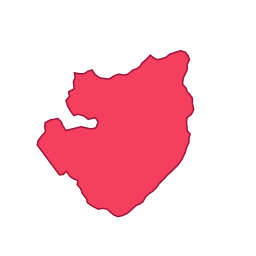 Santo Antônio do Pinhal, São Paulo, Brazil, rotated 331°
{"feature_id": "56859067B50632789381856", "entity_name": "Santo Antônio do Pinhal", "entity_type": "district", "adm_level": 2, "iso_a3": "BRA", "parent_name": "Brazil", "parent_adm1": "São Paulo", "projection": "albers", "projection_center": [-45.697, -22.83], "detail": "fine", "context": "isolated", "style": "filled", "palette": "rose", "viewbox_px": 256, "rotation_deg": 331, "n_neighbors": 0, "source": "geoboundaries", "source_scale": "gbopen_adm2", "svg_char_len": 1440}
<svg xmlns="http://www.w3.org/2000/svg" viewBox="0 0 256 256"><g transform="rotate(331 128 128)"><path d="M45.3,135.7L48.9,137.3L53.0,136.0L53.9,142.6L56.0,146.5L58.8,149.5L56.2,152.9L57.2,158.1L56.3,163.2L57.4,169.8L56.3,173.5L58.5,178.2L62.5,184.5L67.1,186.1L70.4,188.9L73.2,196.7L76.0,200.5L80.6,201.9L86.0,202.3L92.4,200.9L97.4,199.7L101.0,200.1L105.1,199.8L110.0,196.8L114.6,195.6L118.6,195.4L123.9,193.9L128.2,191.8L136.2,189.5L139.5,188.3L145.1,187.0L153.3,184.7L159.5,181.9L163.5,179.0L166.4,177.0L169.3,173.8L174.0,170.4L176.7,166.2L179.4,163.4L178.6,159.0L181.8,151.6L184.6,147.6L190.2,146.7L194.5,143.6L196.0,138.1L198.8,133.1L198.3,128.5L197.4,124.8L198.1,121.2L196.9,116.2L200.6,111.0L207.9,105.9L210.6,101.0L214.9,98.0L215.6,93.9L214.9,89.4L211.5,85.9L206.2,84.8L200.6,83.7L195.2,84.6L189.7,83.4L186.5,82.2L184.2,78.5L182.8,75.1L177.6,76.8L172.0,77.9L168.1,80.0L164.4,80.4L160.4,79.6L156.0,80.6L152.7,80.7L149.5,79.4L146.0,76.4L141.2,75.6L135.1,76.0L131.1,73.1L127.6,70.5L125.0,64.9L124.8,59.8L120.4,58.9L115.7,59.2L111.2,56.6L107.9,53.7L106.5,58.1L102.8,60.9L101.4,64.1L100.1,67.6L93.6,67.5L92.1,72.0L87.2,73.7L86.0,78.7L85.8,84.5L86.7,90.9L91.0,91.7L95.3,96.0L97.4,101.1L104.4,103.2L104.9,108.4L99.9,112.3L95.3,111.0L87.6,104.2L72.4,100.0L72.1,94.6L72.6,90.2L71.2,85.6L67.9,84.6L64.2,83.3L58.2,83.1L56.1,86.0L53.9,91.4L48.9,93.0L43.5,95.3L40.4,98.9L45.3,135.7Z" fill="#f43f5e" stroke="#9f1239" stroke-width="1.5"/></g></svg>